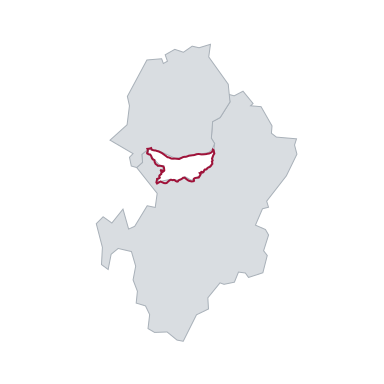 Moldova highlighted, orthographic projection, rotated 111°
{"feature_id": "MDA", "entity_name": "Moldova", "entity_type": "country or territory", "adm_level": 0, "iso_a3": "MDA", "parent_name": "Europe", "parent_adm1": "", "projection": "orthographic", "projection_center": [28.535, 46.964], "detail": "fine", "context": "with_neighbors", "style": "outline", "palette": "rose", "viewbox_px": 384, "rotation_deg": 111, "n_neighbors": 2, "source": "natural_earth", "source_scale": "50m", "svg_char_len": 3376}
<svg xmlns="http://www.w3.org/2000/svg" viewBox="0 0 384 384"><g transform="rotate(111 192 192)"><path d="M271.2,240.7L279.1,245.2L294.4,242.5L292.2,250.5L275.8,255.8L255.9,270.0L247.0,266.1L249.7,255.7L232.7,250.3L249.3,237.9L244.6,233.2L220.9,228.9L219.6,220.8L205.8,224.0L189.0,252.4L182.0,248.8L174.9,252.3L168.0,248.3L171.9,245.9L178.7,231.5L177.6,227.6L195.0,227.7L187.9,216.8L185.6,207.7L180.2,204.2L181.2,196.8L174.6,191.0L158.0,183.3L138.7,188.2L134.9,193.2L118.9,198.0L112.4,192.4L94.3,188.8L87.7,193.0L87.1,187.1L79.6,180.5L87.5,166.7L90.5,168.2L87.6,158.1L101.6,141.0L108.7,138.9L110.5,132.9L104.9,113.5L111.4,113.1L119.1,107.6L143.1,109.7L173.8,119.0L178.8,115.1L182.4,120.2L200.2,120.9L200.7,110.0L204.7,105.1L221.2,104.1L224.3,99.0L242.0,96.9L251.5,108.6L248.5,113.2L250.1,119.9L261.0,120.1L266.7,129.0L266.8,133.3L285.1,139.3L295.3,134.7L305.0,143.8L334.5,146.7L335.6,153.0L331.6,165.1L336.5,176.6L335.3,184.1L321.6,187.6L315.0,194.6L315.7,204.3L304.2,207.4L295.2,215.5L281.4,218.0L269.3,227.2L271.2,240.7Z" fill="#d9dde1" stroke="#a8b0b8" stroke-width="1"/><path d="M168.0,248.3L174.9,252.3L182.0,248.8L189.0,252.4L189.5,258.0L182.0,262.8L177.3,260.8L173.0,287.1L152.5,276.7L133.9,281.3L125.9,286.6L84.9,281.4L78.5,268.1L82.3,264.8L78.7,261.8L73.5,266.2L65.0,259.2L64.6,250.1L55.8,244.1L54.8,237.1L47.5,227.7L59.9,224.8L78.4,196.8L94.3,188.8L112.4,192.4L118.9,198.0L134.9,193.2L138.7,188.2L144.8,188.4L149.2,190.6L166.6,219.5L165.4,238.3L168.0,248.3Z" fill="#d9dde1" stroke="#a8b0b8" stroke-width="1"/><path d="M144.9,187.6L145.2,186.8L148.2,184.9L149.0,185.2L150.6,185.3L153.7,185.3L155.3,184.0L156.3,184.4L157.1,183.8L158.4,183.1L158.6,183.2L158.8,183.3L160.8,183.7L162.3,184.4L163.3,185.6L164.4,186.3L165.5,186.5L166.1,187.1L166.2,187.9L167.2,188.4L169.1,188.4L169.9,188.9L169.6,190.0L169.8,190.4L170.5,190.0L171.0,190.4L171.3,191.2L171.6,191.6L172.6,190.3L173.6,190.4L176.1,190.9L177.5,193.6L178.3,194.6L179.1,195.0L180.0,194.6L180.8,194.1L181.3,194.3L182.3,196.1L182.6,198.4L182.6,199.4L182.2,201.0L181.7,202.7L181.3,203.8L181.5,204.6L181.9,205.4L182.5,205.6L184.4,207.1L185.2,208.1L186.3,208.9L187.1,208.9L187.5,209.3L187.7,209.9L187.6,211.2L187.1,212.5L187.2,213.3L187.9,214.2L188.0,215.3L188.1,216.0L188.5,216.6L190.3,217.8L192.7,218.9L193.3,219.9L193.7,221.2L193.6,223.3L193.5,225.2L196.6,227.7L196.3,228.1L195.8,228.7L192.9,229.1L192.3,229.3L190.9,227.5L190.2,227.2L189.6,227.9L188.9,228.3L188.0,228.2L187.0,227.6L186.5,227.2L186.1,227.1L185.5,227.5L184.7,227.4L184.2,226.9L183.5,228.5L183.0,228.9L182.7,228.8L182.6,226.1L182.4,225.7L181.8,225.6L180.4,226.3L179.0,227.1L178.5,227.9L178.6,229.2L178.8,230.8L179.8,233.3L179.3,234.3L178.9,236.0L177.4,237.6L175.7,238.5L175.6,240.4L174.7,241.6L173.1,242.9L172.0,244.4L172.3,245.5L172.3,246.5L172.1,247.1L172.1,247.6L171.7,247.9L169.2,248.1L168.5,248.4L167.7,249.1L167.0,247.7L166.2,246.5L165.6,245.9L165.9,245.6L166.5,245.2L166.9,244.8L166.9,243.4L166.6,241.7L166.3,240.9L166.3,239.7L166.1,237.7L166.4,234.1L167.6,229.6L168.3,227.3L168.0,226.1L168.2,223.2L167.7,221.7L166.9,219.9L165.8,215.8L164.3,214.4L162.6,212.8L161.8,211.6L161.3,210.3L160.3,209.0L159.1,207.8L157.6,204.9L156.9,203.5L156.7,203.2L155.1,201.3L154.2,199.6L153.8,198.1L153.6,196.8L152.5,194.3L151.5,192.3L150.5,190.9L150.1,190.0L148.9,188.7L147.3,187.7L146.2,187.5L144.9,187.6Z" fill="none" stroke="#9f1239" stroke-width="2"/></g></svg>